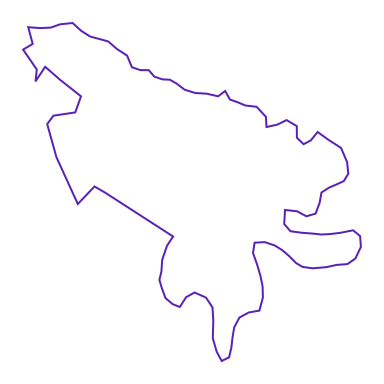 outline of Lacerdópolis, Santa Catarina, Brazil
{"feature_id": "56859067B18402859490931", "entity_name": "Lacerdópolis", "entity_type": "district", "adm_level": 2, "iso_a3": "BRA", "parent_name": "Brazil", "parent_adm1": "Santa Catarina", "projection": "robinson", "projection_center": [-51.58, -27.257], "detail": "fine", "context": "isolated", "style": "outline", "palette": "violet", "viewbox_px": 384, "rotation_deg": 0, "n_neighbors": 0, "source": "geoboundaries", "source_scale": "gbopen_adm2", "svg_char_len": 1456}
<svg xmlns="http://www.w3.org/2000/svg" viewBox="0 0 384 384"><path d="M326.0,267.2L336.7,264.9L347.4,264.1L355.4,258.5L360.9,246.9L360.1,236.1L353.1,230.3L339.9,232.9L329.5,234.1L321.1,234.5L313.1,233.6L301.1,232.7L290.4,231.2L284.2,224.0L285.0,210.0L297.2,211.3L306.4,216.3L315.6,213.6L319.6,202.9L321.5,192.5L329.1,187.6L335.9,184.7L343.8,181.1L348.3,173.7L347.1,162.0L341.0,147.9L328.0,139.5L317.6,132.0L310.8,140.4L303.6,144.2L296.9,137.7L296.8,126.1L286.5,120.1L277.4,124.6L266.5,127.0L265.9,116.8L256.6,106.8L245.4,105.5L237.8,102.3L229.9,99.5L225.2,91.0L218.1,96.3L206.8,93.7L195.3,93.0L184.6,89.7L176.5,83.5L169.8,79.7L162.5,79.4L154.3,76.6L148.7,70.1L140.3,70.1L131.9,67.2L127.1,55.6L116.9,49.0L108.5,41.6L100.9,39.4L90.0,36.5L81.3,30.9L72.6,23.0L60.2,24.3L50.7,27.6L40.2,28.1L28.2,27.2L32.7,43.9L23.1,49.6L36.8,69.5L35.5,81.4L45.2,66.8L60.2,79.9L81.0,96.3L75.3,112.4L53.4,115.7L47.2,124.1L56.4,157.1L77.8,204.0L94.5,186.5L104.9,192.5L173.1,236.5L167.0,245.8L162.2,259.8L161.4,271.6L159.4,279.9L161.9,288.3L165.5,298.1L172.6,304.1L179.8,307.0L186.1,297.2L194.5,292.5L206.0,297.6L212.5,307.4L213.3,320.4L212.8,338.3L216.7,351.7L221.7,361.0L229.1,357.3L231.4,347.5L232.4,338.3L234.2,327.3L239.5,317.5L248.7,312.5L259.4,310.6L262.9,297.6L262.6,286.5L260.6,276.5L257.4,265.4L253.0,252.9L254.6,242.7L264.7,242.1L274.6,245.4L282.2,250.1L289.2,256.1L296.0,263.0L302.5,266.9L312.5,268.3L326.0,267.2Z" fill="none" stroke="#5b21b6" stroke-width="2"/></svg>